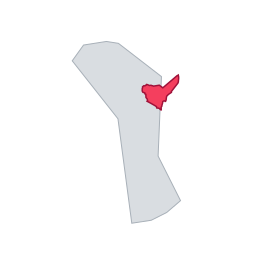 Piti, Guam shown in context, rotated 128°
{"feature_id": "77769853B27536991093250", "entity_name": "Piti", "entity_type": "district", "adm_level": 2, "iso_a3": "GUM", "parent_name": "Guam", "parent_adm1": "", "projection": "albers", "projection_center": [144.681, 13.441], "detail": "fine", "context": "in_parent", "style": "filled", "palette": "rose", "viewbox_px": 256, "rotation_deg": 128, "n_neighbors": 0, "source": "geoboundaries", "source_scale": "gbopen_adm2", "svg_char_len": 1226}
<svg xmlns="http://www.w3.org/2000/svg" viewBox="0 0 256 256"><g transform="rotate(128 128 128)"><path d="M109.4,213.3L90.0,214.1L73.1,198.3L67.2,187.7L66.9,133.3L131.6,87.0L152.9,41.9L170.7,45.5L186.4,52.9L200.7,66.4L126.9,141.6L109.4,213.3Z" fill="#d9dde1" stroke="#a8b0b8" stroke-width="1"/><path d="M90.7,138.2L90.0,136.4L90.7,135.7L90.5,134.7L92.9,132.6L93.3,130.9L94.1,129.6L95.2,129.5L95.1,129.0L94.6,126.0L94.4,124.8L93.8,120.6L93.6,118.7L94.0,118.4L94.5,117.5L93.8,116.6L93.3,115.3L93.6,113.6L93.2,113.0L91.3,114.6L89.9,114.8L89.1,115.3L86.8,116.2L86.3,116.6L86.0,116.8L85.5,116.8L84.7,116.5L84.3,116.2L83.9,115.6L84.2,115.1L83.9,114.8L82.5,115.2L81.8,115.6L81.0,116.1L79.8,116.8L78.9,117.1L77.4,116.9L76.6,116.8L73.2,115.7L72.7,116.1L72.6,116.3L72.4,116.3L66.6,116.3L64.4,116.3L62.6,116.3L62.0,116.3L61.9,116.3L61.6,116.4L60.7,116.7L59.7,117.4L58.0,118.4L56.5,119.6L56.4,119.7L56.1,120.1L55.3,121.0L56.8,121.6L74.9,125.3L75.0,129.7L78.9,133.3L79.1,133.5L79.3,133.6L79.4,133.8L79.5,134.6L79.8,135.0L80.0,135.4L80.1,136.1L81.4,137.4L81.8,139.3L82.3,140.2L82.9,140.0L83.6,140.5L84.4,140.6L85.0,141.6L86.6,141.9L87.1,141.4L88.1,141.1L90.1,139.6L90.7,138.2Z" fill="#f43f5e" stroke="#9f1239" stroke-width="1.5"/></g></svg>